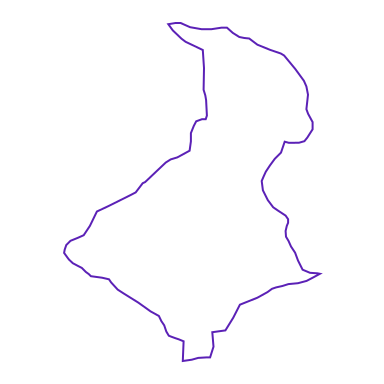 Al-Zibar, Arbil, Iraq
{"feature_id": "34846034B21205760150819", "entity_name": "Al-Zibar", "entity_type": "district", "adm_level": 2, "iso_a3": "IRQ", "parent_name": "Iraq", "parent_adm1": "Arbil", "projection": "orthographic", "projection_center": [44.113, 37.087], "detail": "fine", "context": "isolated", "style": "outline", "palette": "violet", "viewbox_px": 384, "rotation_deg": 0, "n_neighbors": 0, "source": "geoboundaries", "source_scale": "gbopen_adm2", "svg_char_len": 1691}
<svg xmlns="http://www.w3.org/2000/svg" viewBox="0 0 384 384"><path d="M64.7,249.6L64.1,252.9L67.4,257.5L69.0,259.6L72.8,263.2L77.7,265.8L81.8,267.9L85.9,272.0L88.8,274.1L90.9,276.2L102.0,277.7L109.0,279.3L111.1,282.4L114.4,286.0L117.7,289.6L123.4,293.3L138.3,302.6L150.6,311.4L158.9,316.0L161.4,321.2L164.2,325.3L166.3,331.5L168.8,335.7L171.3,336.7L175.4,338.2L178.7,339.3L183.6,341.3L182.8,361.0L191.8,359.7L198.2,357.9L206.4,357.4L210.1,357.4L213.5,346.7L212.3,332.2L225.4,330.4L232.2,319.4L233.2,317.8L239.9,304.7L257.4,297.7L267.5,292.1L272.0,288.8L276.1,287.4L282.4,286.0L288.4,284.1L298.0,283.2L306.6,280.9L312.9,277.6L319.9,273.8L317.4,273.3L310.0,272.8L302.6,269.7L298.0,260.5L295.1,252.7L291.0,246.5L288.5,240.9L286.0,236.7L285.6,231.0L286.8,225.9L288.1,222.8L288.1,219.2L285.6,215.6L277.7,210.4L273.2,207.3L267.8,200.1L262.9,190.3L261.7,181.0L263.7,176.3L265.8,171.7L269.9,165.5L274.8,158.8L281.0,152.6L284.7,141.7L288.8,142.8L292.9,142.8L299.1,142.7L304.4,141.2L307.3,137.6L312.6,129.3L312.6,122.1L308.1,113.8L306.4,109.2L307.2,102.0L308.0,94.7L306.4,86.5L303.9,80.8L295.2,68.9L284.1,55.5L280.8,53.5L270.2,49.9L257.4,44.7L249.2,38.5L244.3,38.0L239.3,37.0L232.8,32.9L227.0,27.7L221.3,27.7L211.4,29.2L201.6,29.2L190.1,27.2L180.6,23.0L175.3,23.0L168.3,24.2L172.8,30.4L181.5,38.7L185.6,41.8L202.8,50.0L204.0,68.1L203.6,89.8L205.3,95.4L206.1,100.1L206.9,115.6L205.7,119.2L202.0,119.2L196.2,121.3L193.8,125.9L190.9,133.1L190.9,141.4L189.6,150.7L177.3,157.4L170.7,159.4L165.8,162.5L158.7,169.2L145.1,182.1L142.7,183.2L135.7,192.4L130.7,195.0L108.0,206.3L96.9,211.5L89.9,225.9L83.7,235.2L77.9,237.8L70.5,240.8L66.3,245.0L64.7,249.6Z" fill="none" stroke="#5b21b6" stroke-width="2"/></svg>